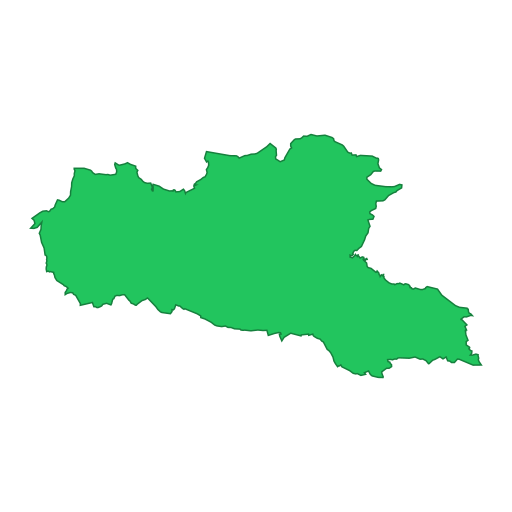 the district of Valea Chioarului, Maramures, Romania
{"feature_id": "2599482B15879109354657", "entity_name": "Valea Chioarului", "entity_type": "district", "adm_level": 2, "iso_a3": "ROU", "parent_name": "Romania", "parent_adm1": "Maramures", "projection": "robinson", "projection_center": [23.459, 47.406], "detail": "fine", "context": "isolated", "style": "filled", "palette": "green", "viewbox_px": 512, "rotation_deg": 0, "n_neighbors": 0, "source": "geoboundaries", "source_scale": "gbopen_adm2", "svg_char_len": 6049}
<svg xmlns="http://www.w3.org/2000/svg" viewBox="0 0 512 512"><path d="M360.9,375.4L365.6,374.3L364.4,372.7L368.5,371.0L370.4,374.5L372.1,375.9L378.3,377.4L383.0,377.5L383.2,376.9L381.8,373.2L381.8,371.8L386.5,368.3L389.2,368.2L391.6,366.6L391.5,364.6L390.2,363.4L389.9,362.2L388.0,361.6L387.6,359.6L390.6,359.4L392.5,359.8L394.6,359.0L396.7,359.1L397.8,358.1L399.0,357.8L409.3,358.2L415.1,357.0L420.1,359.2L422.8,359.0L426.1,360.7L428.5,363.7L429.1,363.6L432.7,360.2L434.9,359.4L439.9,356.7L443.0,358.9L446.1,357.0L447.7,360.8L449.8,361.1L451.5,362.5L454.4,362.5L457.4,359.1L459.1,359.2L473.1,365.1L481.3,365.0L479.0,361.6L478.3,359.6L478.7,358.2L478.0,355.4L478.1,354.7L475.9,354.1L472.2,355.2L470.3,355.1L471.7,353.3L471.9,351.0L470.5,350.5L468.9,348.8L469.7,347.8L469.5,347.2L466.2,344.9L466.2,341.6L468.0,340.3L465.9,334.9L465.4,330.7L465.8,330.7L465.7,330.1L466.5,330.0L464.9,326.3L466.9,324.9L461.9,319.7L461.0,319.5L461.0,319.1L464.1,316.8L466.5,316.9L470.7,315.4L472.3,315.6L470.7,313.8L469.3,313.3L468.5,311.8L468.2,309.2L467.4,309.0L467.1,308.2L459.4,307.3L455.4,305.6L441.8,295.2L437.5,289.1L427.2,286.6L425.6,287.7L425.5,288.5L422.3,289.6L420.2,289.5L415.3,288.0L413.3,289.1L411.9,288.7L411.5,287.8L410.2,287.6L410.3,286.9L409.7,286.6L409.7,285.8L408.5,284.6L406.1,283.9L405.1,283.8L403.8,284.8L399.8,283.1L399.0,283.6L397.1,283.6L394.8,284.7L394.1,284.0L391.8,284.0L389.1,282.9L385.5,280.0L384.1,278.1L383.8,277.6L384.0,276.7L383.4,276.1L383.6,274.5L383.2,274.5L382.3,275.7L381.4,274.9L380.2,276.5L379.9,275.3L379.1,274.6L378.9,273.1L377.1,271.0L376.6,272.0L375.9,272.3L371.1,268.4L368.1,267.6L367.1,266.4L366.6,263.0L364.7,261.2L365.9,259.5L367.1,259.4L366.7,258.5L363.6,260.2L363.1,259.2L364.0,258.3L363.7,257.3L362.3,256.9L360.1,258.0L358.6,256.0L357.4,256.6L357.2,256.0L357.7,255.1L356.5,255.5L355.7,255.2L355.4,254.6L355.0,255.4L352.5,257.8L350.1,257.1L350.1,255.1L351.1,255.6L352.1,255.5L353.3,254.2L352.6,253.6L353.8,251.3L355.0,250.3L356.8,250.5L358.9,248.3L361.4,246.5L364.6,239.7L365.7,236.1L368.0,232.8L368.7,228.4L370.0,226.3L367.9,220.0L369.5,219.4L372.9,219.2L374.0,216.4L372.4,214.9L369.9,213.6L369.7,211.9L371.5,210.5L375.7,208.5L376.2,206.3L375.8,203.7L376.4,201.1L383.0,200.8L384.9,199.8L388.6,195.5L393.8,192.6L395.9,192.0L397.0,190.6L401.6,187.9L401.9,184.9L399.6,184.4L394.4,186.6L391.9,186.8L385.7,186.7L375.0,185.3L371.1,183.4L366.8,179.2L366.9,177.2L370.7,174.7L373.4,171.4L374.9,171.0L380.7,171.1L381.5,169.6L379.4,167.9L377.9,163.7L378.6,160.0L378.3,158.6L377.7,158.2L376.7,158.3L372.2,156.1L360.4,155.4L356.6,156.6L356.0,154.9L352.1,155.1L351.3,153.0L350.0,153.2L347.8,152.2L343.7,146.2L342.2,144.9L335.0,141.7L333.9,140.6L333.6,138.7L332.0,137.5L325.0,135.2L316.9,136.0L311.0,134.5L307.1,136.3L303.6,136.1L301.7,137.9L300.0,138.8L295.5,139.0L294.3,139.7L290.7,143.6L290.7,146.1L291.6,147.9L289.9,149.0L284.9,157.7L284.3,160.0L280.2,161.7L275.7,158.9L275.5,156.7L276.5,155.3L276.1,150.6L276.3,149.3L275.8,148.0L270.1,143.5L266.8,146.7L257.2,153.3L254.8,154.0L251.1,154.2L247.2,155.5L244.9,155.6L239.2,158.1L237.7,156.5L236.2,155.8L230.0,155.7L206.5,151.6L204.5,158.3L206.6,162.0L207.9,161.1L208.5,162.4L208.7,165.2L207.7,167.7L206.4,169.6L207.1,172.4L206.6,174.2L205.0,176.9L203.4,177.4L200.8,179.5L196.6,181.8L195.7,183.2L194.3,184.3L194.9,184.9L195.9,185.0L193.8,185.9L194.5,188.3L186.0,192.5L185.5,193.5L184.6,190.7L183.4,189.2L179.9,191.5L178.6,191.7L175.9,191.9L175.1,190.3L174.1,189.8L173.6,189.9L173.9,190.5L172.9,191.1L172.5,190.8L169.5,191.0L163.5,189.1L159.2,186.2L153.1,184.3L152.8,185.5L153.2,186.9L153.1,190.8L152.4,190.9L151.5,189.1L152.2,188.2L152.2,186.9L150.7,183.1L147.3,183.3L144.6,182.6L142.8,181.3L141.3,179.4L138.8,177.7L137.9,176.1L136.9,172.1L137.8,170.4L135.7,168.4L135.7,166.2L130.3,164.3L127.5,162.7L124.9,163.9L119.6,165.2L118.7,165.1L115.2,162.9L114.7,164.5L115.7,168.0L116.5,169.3L116.7,171.5L116.3,173.0L115.7,174.3L110.2,175.2L107.9,174.5L106.0,174.7L99.1,173.8L95.2,174.4L92.5,172.5L91.8,171.3L90.5,170.2L84.2,168.3L74.2,168.3L74.2,169.2L75.0,170.8L74.3,173.5L74.3,175.9L72.9,178.8L71.7,182.8L71.6,186.6L70.6,191.7L70.5,195.2L68.7,198.1L64.7,201.8L62.2,201.7L59.1,200.2L57.5,199.9L55.1,205.2L54.7,207.0L52.8,208.7L51.1,209.2L49.5,211.4L48.4,211.7L46.5,210.8L42.8,211.2L39.9,212.8L32.0,218.4L34.1,220.3L34.9,223.6L30.7,228.2L33.9,228.4L37.2,227.4L41.8,222.1L41.2,225.6L41.0,229.4L39.3,233.3L40.2,235.1L41.6,242.4L44.1,248.0L45.1,255.0L46.1,255.4L46.7,256.5L46.9,258.3L46.6,259.6L46.9,261.0L46.2,263.1L46.8,264.1L46.9,265.5L46.3,266.9L46.2,269.1L46.7,271.6L48.1,271.1L49.5,271.9L50.4,271.6L53.7,272.4L53.7,273.7L54.3,274.6L55.0,277.6L56.8,280.5L63.4,284.7L64.2,285.7L66.2,286.5L68.1,288.2L67.0,289.2L66.6,290.5L65.2,292.4L65.2,294.6L67.1,293.4L70.4,292.5L72.7,292.8L73.6,294.3L75.7,295.3L80.4,303.6L80.3,305.3L92.4,302.5L93.9,306.7L95.5,306.7L96.8,307.5L97.9,307.6L100.2,306.7L101.7,305.9L102.8,304.3L106.6,303.3L110.9,304.9L111.6,303.6L112.7,299.3L113.8,298.7L114.9,296.2L116.8,295.4L119.6,295.6L122.2,294.8L124.6,294.7L128.9,300.2L130.0,301.1L131.2,303.2L133.4,303.9L135.4,305.2L136.4,305.2L137.1,304.3L142.0,300.6L145.5,299.4L147.4,298.0L147.8,298.2L155.9,306.7L157.9,309.5L160.5,311.9L161.9,312.5L170.4,313.7L172.0,311.6L172.0,309.6L173.3,309.9L174.4,308.8L175.8,304.8L178.7,306.0L179.7,305.9L182.6,308.5L184.0,309.3L184.8,308.7L197.2,313.8L200.7,315.9L200.8,317.6L205.0,319.0L210.9,322.1L214.8,325.1L217.0,325.9L221.7,326.6L225.4,326.0L228.0,327.4L231.1,327.5L234.5,328.8L240.0,329.1L240.9,330.0L243.1,330.3L244.6,330.1L250.9,330.8L257.9,330.0L263.0,330.5L266.9,330.3L268.3,335.4L274.6,333.4L278.8,332.5L280.5,332.7L281.0,334.1L279.4,334.3L279.8,336.2L281.8,340.9L284.1,337.3L290.7,333.2L301.0,335.9L301.3,334.9L308.5,334.1L308.7,335.3L312.8,334.1L313.2,335.5L314.1,336.4L317.3,338.3L320.1,339.1L321.8,341.1L323.4,342.0L327.2,349.4L328.9,350.6L330.7,352.7L333.0,357.1L334.0,361.1L335.4,363.6L337.6,366.7L338.8,365.8L339.5,365.9L340.8,364.9L341.9,366.8L349.6,370.6L353.2,373.3L355.7,373.9L357.3,373.6L360.9,375.4Z" fill="#22c55e" stroke="#15803d" stroke-width="1.5"/></svg>